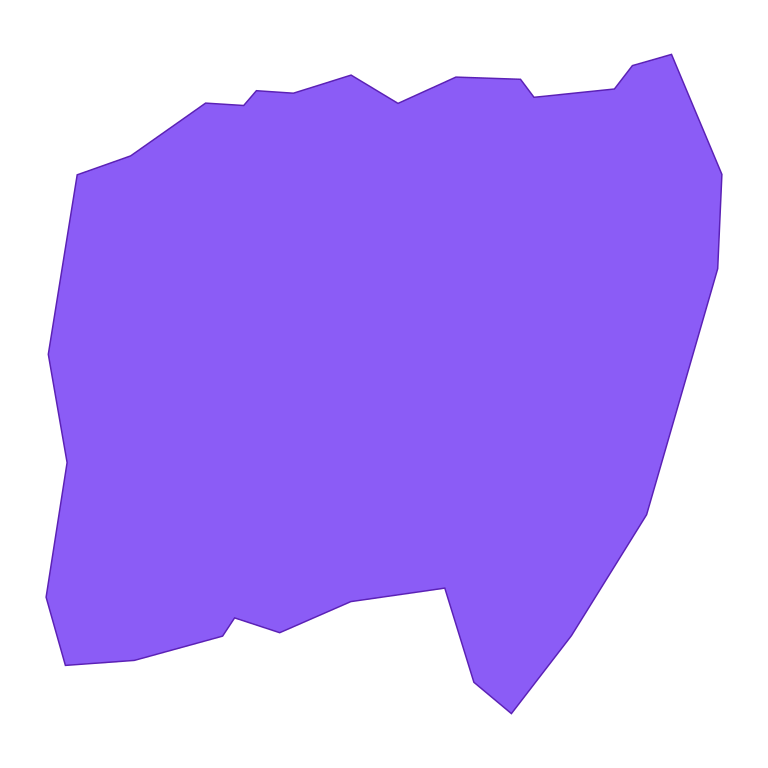 outline of Alexander, North Carolina, United States of America
{"feature_id": "52423323B44414006635896", "entity_name": "Alexander", "entity_type": "district", "adm_level": 2, "iso_a3": "USA", "parent_name": "United States of America", "parent_adm1": "North Carolina", "projection": "mercator", "projection_center": [-81.171, 35.911], "detail": "fine", "context": "isolated", "style": "filled", "palette": "violet", "viewbox_px": 768, "rotation_deg": 0, "n_neighbors": 0, "source": "geoboundaries", "source_scale": "gbopen_adm2", "svg_char_len": 514}
<svg xmlns="http://www.w3.org/2000/svg" viewBox="0 0 768 768"><path d="M511.4,713.6L571.4,635.7L646.6,514.7L717.7,268.7L721.9,174.4L702.7,128.7L695.2,110.9L671.5,54.4L632.4,65.6L614.4,89.0L534.0,97.3L520.5,79.3L455.9,77.1L398.0,103.4L351.1,75.1L293.4,93.2L256.4,90.7L243.7,105.5L205.6,103.1L130.6,155.9L77.2,174.8L48.3,354.3L67.1,462.6L46.1,597.2L65.4,665.4L134.3,660.4L222.6,636.1L234.6,617.9L279.7,632.7L350.8,601.6L444.8,588.1L473.9,682.3L511.4,713.6Z" fill="#8b5cf6" stroke="#5b21b6" stroke-width="1.5"/></svg>